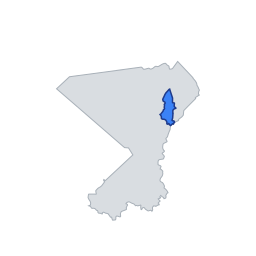 Gao, Gao, Mali shown in context, rotated 317°
{"feature_id": "8926073B84061132695750", "entity_name": "Gao", "entity_type": "district", "adm_level": 2, "iso_a3": "MLI", "parent_name": "Mali", "parent_adm1": "Gao", "projection": "mercator", "projection_center": [-0.018, 16.371], "detail": "fine", "context": "in_parent", "style": "filled", "palette": "blue", "viewbox_px": 256, "rotation_deg": 317, "n_neighbors": 0, "source": "geoboundaries", "source_scale": "gbopen_adm2", "svg_char_len": 4673}
<svg xmlns="http://www.w3.org/2000/svg" viewBox="0 0 256 256"><g transform="rotate(317 128 128)"><path d="M55.0,182.6L55.1,181.8L54.4,181.3L54.4,181.0L54.8,178.8L54.7,178.2L55.0,177.1L54.6,176.6L54.5,176.3L53.4,174.8L53.1,173.6L52.6,172.8L51.4,172.5L50.9,173.2L50.6,173.3L50.2,172.8L50.0,172.4L50.0,172.0L48.4,170.1L48.5,169.1L49.1,168.5L49.4,167.6L48.8,166.6L48.9,165.6L48.8,164.2L47.9,163.0L47.2,162.5L46.7,161.7L47.1,159.7L46.2,158.1L47.9,158.7L48.8,158.1L49.6,157.3L50.2,156.2L50.5,154.8L50.7,153.6L51.3,151.7L52.2,150.9L53.9,149.6L54.4,149.7L57.2,152.4L58.8,153.8L59.4,154.6L59.9,154.6L60.7,153.2L61.5,152.1L61.9,151.8L64.7,151.6L66.2,151.8L67.5,152.2L69.4,152.3L74.3,151.4L74.3,150.9L74.3,150.2L74.5,149.7L74.9,149.3L75.2,149.2L75.4,150.7L75.8,151.0L76.9,151.0L113.2,151.0L114.8,142.9L112.1,140.0L102.5,50.6L120.1,50.6L123.1,52.7L179.2,92.5L179.5,93.8L179.4,95.5L179.8,96.0L180.6,96.6L183.8,98.3L184.1,98.6L184.2,99.3L184.6,100.2L185.2,100.7L186.0,101.0L187.0,101.3L189.8,101.5L190.5,101.9L191.7,103.5L192.4,103.8L196.2,104.6L197.5,105.0L198.9,105.7L199.6,106.4L199.6,108.8L200.1,110.4L200.1,110.8L199.5,111.4L199.3,111.9L198.6,113.1L198.8,113.6L200.1,114.5L200.8,114.8L201.5,114.8L209.7,113.2L209.8,135.5L209.5,135.9L209.3,139.8L208.7,142.1L207.6,143.8L207.0,146.4L206.6,146.9L206.3,148.4L205.7,149.2L204.6,149.5L202.7,151.2L202.6,152.5L198.2,151.7L197.9,151.8L197.7,151.9L197.6,152.6L186.3,153.0L180.7,153.3L177.2,156.3L175.0,156.6L172.1,156.3L170.7,156.3L170.1,156.5L170.0,157.0L165.5,155.5L163.8,156.0L163.6,155.8L163.4,155.5L162.5,155.3L161.3,155.4L160.3,155.6L157.5,158.0L155.9,158.6L153.1,160.0L151.1,161.2L150.3,161.4L149.2,161.4L148.3,161.7L147.5,164.4L146.9,164.6L143.5,163.6L142.8,163.7L142.2,164.0L140.3,165.6L139.4,166.9L138.9,168.5L139.0,169.6L138.6,169.9L137.8,170.0L136.2,169.7L135.7,169.8L135.5,170.7L135.5,172.5L135.1,173.7L134.2,174.1L133.5,174.5L132.9,174.7L132.4,174.6L129.7,172.7L128.7,172.4L127.7,172.6L126.7,173.4L125.0,175.3L125.2,176.0L125.6,176.8L126.0,177.8L126.0,178.6L123.5,179.9L124.0,180.8L124.0,183.3L122.8,184.4L122.4,185.1L121.3,185.9L120.3,186.4L117.3,187.0L116.0,187.8L115.5,188.4L115.3,189.1L115.4,189.9L116.0,191.5L115.8,193.0L115.3,194.7L114.9,195.5L113.5,196.4L113.7,197.5L113.8,199.1L113.6,201.2L113.1,202.6L112.8,202.4L111.4,202.5L110.0,203.0L109.4,203.3L109.3,203.8L108.1,204.9L107.3,204.8L106.5,204.5L106.1,204.2L106.5,203.2L106.5,202.8L106.0,201.3L106.1,200.9L105.9,199.6L104.2,200.1L104.1,200.3L104.4,201.1L104.2,201.2L103.6,201.2L102.8,201.0L101.9,200.3L101.7,200.5L101.6,201.1L101.6,201.7L101.8,202.9L101.5,203.4L100.2,203.3L99.0,203.4L98.7,203.9L98.6,204.3L98.9,204.9L98.8,205.1L98.3,205.4L98.1,205.4L97.5,204.8L94.9,204.3L94.7,203.5L94.4,203.4L93.6,202.4L93.2,202.5L92.9,202.6L92.0,202.6L91.1,203.4L90.4,204.5L89.7,205.0L88.7,205.2L88.9,204.6L88.5,203.6L86.3,202.5L86.0,202.0L85.4,199.3L85.4,198.5L85.6,197.8L85.5,197.3L85.3,196.9L84.6,196.5L83.9,196.3L83.0,196.8L82.6,196.9L82.2,196.9L82.0,196.7L82.0,196.4L83.0,195.0L83.4,194.4L84.4,193.7L84.6,193.4L84.7,193.1L84.6,192.9L83.9,192.6L83.0,192.0L82.4,191.9L82.0,191.6L81.6,190.6L81.3,190.4L80.9,190.2L80.5,190.0L80.5,187.5L79.5,185.6L78.7,183.2L78.3,182.6L77.5,182.1L76.6,181.8L75.7,181.7L74.8,182.0L75.3,183.0L75.4,183.4L75.3,183.8L75.1,184.1L73.9,184.4L72.2,185.2L71.6,186.3L71.2,186.4L70.6,186.3L66.1,184.5L64.2,185.3L62.9,186.8L62.7,187.3L62.1,187.7L61.8,187.7L61.4,187.4L60.1,185.1L59.5,184.6L58.8,184.6L58.2,185.0L57.6,185.7L56.8,186.4L56.3,186.6L55.9,186.5L54.0,185.0L53.9,184.7L54.7,182.9L55.0,182.6Z" fill="#d9dde1" stroke="#a8b0b8" stroke-width="1"/><path d="M181.0,136.5L184.2,129.6L185.0,128.0L184.4,127.8L179.5,128.2L178.9,128.4L178.1,128.6L176.9,129.1L176.0,129.5L174.4,130.1L173.0,130.7L172.1,132.2L172.6,134.3L172.1,135.2L170.6,135.5L170.4,136.1L168.5,137.7L168.1,138.6L167.7,138.8L167.2,139.0L166.2,138.9L165.1,139.6L161.1,140.2L160.7,140.0L160.3,142.2L158.9,143.9L159.2,145.0L160.4,146.3L161.0,147.7L160.8,149.1L160.4,150.3L159.3,151.4L159.4,152.0L159.8,152.4L160.8,152.5L160.9,153.1L160.5,153.9L160.9,155.3L161.0,155.3L161.4,155.3L161.6,155.3L162.0,155.3L162.4,155.3L162.5,155.3L162.8,155.3L163.0,155.3L163.3,155.3L163.5,155.3L163.6,155.5L163.9,155.9L163.9,156.0L164.0,156.0L164.4,156.0L164.6,155.8L164.7,155.7L164.8,155.7L165.1,155.5L165.3,155.4L165.5,155.4L165.8,155.5L166.0,155.5L166.4,154.6L166.2,153.9L165.5,153.0L165.5,152.3L167.5,151.1L170.4,148.4L170.6,148.3L170.8,148.1L171.0,147.9L170.9,147.7L171.1,147.5L172.8,145.7L174.0,145.5L175.1,145.6L176.3,146.2L176.6,146.1L176.5,144.5L176.5,143.9L176.8,143.4L178.7,141.7L178.9,141.4L178.8,141.1L177.9,140.0L178.1,139.5L181.0,136.5Z" fill="#3b82f6" stroke="#1e3a8a" stroke-width="1.5"/></g></svg>